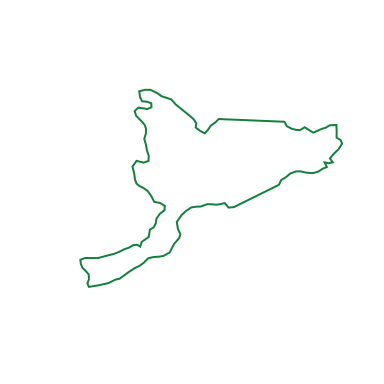 the district of Inhacorá, Rio Grande do Sul, Brazil, rotated 34°
{"feature_id": "56859067B41565206022280", "entity_name": "Inhacorá", "entity_type": "district", "adm_level": 2, "iso_a3": "BRA", "parent_name": "Brazil", "parent_adm1": "Rio Grande do Sul", "projection": "mercator", "projection_center": [-54.038, -27.922], "detail": "fine", "context": "isolated", "style": "outline", "palette": "green", "viewbox_px": 384, "rotation_deg": 34, "n_neighbors": 0, "source": "geoboundaries", "source_scale": "gbopen_adm2", "svg_char_len": 1887}
<svg xmlns="http://www.w3.org/2000/svg" viewBox="0 0 384 384"><g transform="rotate(34 192 192)"><path d="M91.9,138.0L96.0,142.5L100.0,144.7L104.2,142.3L108.6,141.2L111.0,144.4L108.6,148.2L104.9,149.9L100.3,152.1L99.2,157.0L103.0,160.0L111.5,161.8L115.3,162.9L118.3,165.1L121.0,169.1L122.7,174.6L127.3,178.5L131.7,183.0L135.9,186.2L138.6,190.6L135.3,194.8L128.6,197.2L128.4,204.2L133.7,208.9L137.6,213.4L141.2,216.0L145.2,216.5L149.2,215.8L154.6,216.0L160.7,218.2L166.2,221.3L171.8,218.9L177.3,218.8L179.4,222.5L177.5,227.9L177.5,234.2L179.4,237.9L180.0,242.7L178.1,246.8L181.3,253.4L178.2,261.4L179.6,266.2L176.0,266.4L172.9,269.0L170.9,273.3L167.8,277.5L165.1,282.3L162.2,286.6L158.0,291.3L153.6,296.3L151.0,299.3L145.6,303.0L140.1,306.6L137.4,310.7L140.1,313.8L143.5,316.1L148.7,317.1L152.5,318.1L155.4,322.0L156.4,326.2L159.6,328.3L166.8,321.5L170.9,317.2L173.7,314.2L177.5,307.5L180.4,304.5L181.9,300.5L184.4,293.5L187.0,287.2L189.8,282.6L191.6,277.6L192.7,271.4L196.2,267.7L201.0,263.9L204.1,260.9L207.3,254.7L206.2,245.2L207.1,237.3L206.0,233.6L201.0,230.5L196.2,225.4L196.2,217.1L197.6,211.2L200.0,205.2L203.5,202.0L207.3,199.2L211.5,193.5L215.7,190.9L219.2,189.0L222.0,186.5L225.4,182.9L231.0,184.5L235.2,181.1L260.0,137.5L259.3,132.0L261.6,127.2L263.2,121.6L266.7,116.8L270.4,114.2L275.4,112.3L279.1,110.3L282.2,108.2L285.4,104.3L287.3,99.7L289.8,95.9L285.4,93.3L289.4,91.6L292.1,88.7L287.6,87.0L288.1,81.4L289.6,74.5L289.4,68.0L286.1,65.8L281.5,66.1L278.0,60.8L274.2,55.7L268.8,59.8L266.9,63.9L264.4,66.9L262.1,70.6L259.3,75.0L254.9,75.2L249.3,75.3L246.9,80.3L243.4,82.3L239.4,83.8L233.8,84.4L229.3,82.1L173.3,116.6L172.4,121.6L170.4,126.5L170.5,131.3L169.7,136.3L164.5,136.8L159.0,136.5L157.1,132.7L152.5,130.7L144.3,129.8L129.4,128.5L123.1,126.8L117.9,128.3L113.5,129.6L107.8,129.5L100.4,130.5L96.0,133.5L91.9,138.0Z" fill="none" stroke="#15803d" stroke-width="2"/></g></svg>